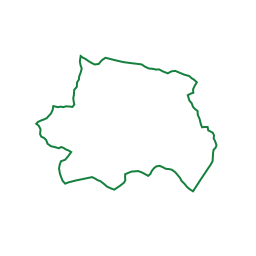 Monte Mor, São Paulo, Brazil, rotated 154°
{"feature_id": "56859067B95842262172084", "entity_name": "Monte Mor", "entity_type": "district", "adm_level": 2, "iso_a3": "BRA", "parent_name": "Brazil", "parent_adm1": "São Paulo", "projection": "robinson", "projection_center": [-47.299, -22.952], "detail": "fine", "context": "isolated", "style": "outline", "palette": "green", "viewbox_px": 256, "rotation_deg": 154, "n_neighbors": 0, "source": "geoboundaries", "source_scale": "gbopen_adm2", "svg_char_len": 1919}
<svg xmlns="http://www.w3.org/2000/svg" viewBox="0 0 256 256"><g transform="rotate(154 128 128)"><path d="M173.9,87.8L172.5,84.4L170.9,82.5L169.0,80.3L167.3,78.6L164.8,79.0L160.3,79.6L155.7,80.6L153.3,82.2L152.2,85.0L150.8,87.7L146.8,87.5L144.1,87.3L141.4,86.3L137.7,84.8L135.0,82.0L132.4,78.4L130.8,76.1L128.0,76.9L125.4,79.0L122.5,80.4L119.4,81.1L116.1,80.1L113.8,77.4L112.0,74.8L109.3,73.2L106.9,71.3L104.9,67.5L103.8,63.1L103.1,60.4L103.1,57.1L101.6,52.8L100.8,49.3L99.5,46.1L97.3,42.6L85.3,49.8L73.5,56.7L70.1,58.6L66.5,61.1L64.5,64.7L62.2,68.7L60.5,71.0L58.2,71.7L56.1,73.5L55.5,77.8L55.6,81.0L53.9,83.7L53.9,86.6L56.9,90.7L56.0,94.0L58.2,95.1L61.1,96.2L60.8,99.8L59.7,104.6L59.5,109.3L58.0,112.8L59.6,116.0L60.3,118.5L59.9,122.4L60.8,125.8L59.9,131.3L56.4,131.4L53.9,131.0L52.6,134.2L49.8,136.5L46.1,138.9L47.5,142.5L49.0,144.9L50.2,147.9L54.3,151.5L56.8,154.4L60.5,158.6L64.1,159.9L68.3,159.7L71.8,163.5L74.4,167.1L77.0,168.1L79.8,170.3L83.2,172.4L85.8,175.6L87.9,179.2L96.7,184.9L103.2,189.2L109.4,194.2L117.5,201.0L122.0,200.3L126.3,198.4L130.1,199.7L132.1,202.3L134.1,205.3L136.2,209.1L137.8,211.1L139.0,213.4L140.6,211.1L142.1,208.9L143.1,205.4L143.5,201.8L146.1,198.7L149.2,195.8L150.9,193.1L153.8,191.3L156.0,187.4L159.6,185.9L161.1,183.2L162.5,180.9L164.1,178.9L165.3,175.3L165.9,172.7L168.7,171.3L171.9,173.4L174.4,174.7L177.0,175.1L178.9,176.6L181.9,177.5L185.5,180.4L188.0,177.1L191.0,174.7L194.3,173.5L196.5,172.5L199.6,172.5L203.2,172.9L206.3,172.9L208.6,172.0L207.2,169.1L207.2,165.1L209.7,161.1L209.7,158.1L207.9,156.0L206.8,153.1L207.2,149.1L205.3,145.5L202.0,142.8L199.0,140.1L196.4,140.2L194.7,138.4L193.2,135.9L191.4,134.0L189.6,131.3L193.7,129.1L198.4,127.0L202.8,127.5L205.5,124.9L207.7,121.9L209.2,116.8L209.7,112.4L209.9,109.0L208.8,105.5L205.2,105.2L197.4,103.6L192.5,102.3L181.8,99.6L179.9,97.2L178.3,94.6L175.9,92.0L173.9,87.8Z" fill="none" stroke="#15803d" stroke-width="2"/></g></svg>